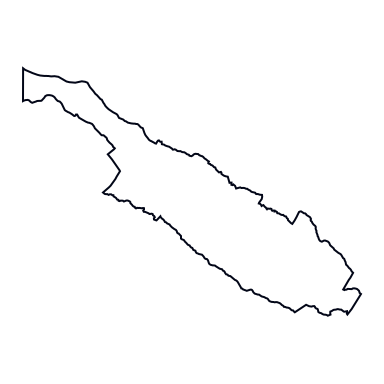 outline of Gatundu South, Central, Kenya
{"feature_id": "3690345B82721742326841", "entity_name": "Gatundu South", "entity_type": "district", "adm_level": 2, "iso_a3": "KEN", "parent_name": "Kenya", "parent_adm1": "Central", "projection": "orthographic", "projection_center": [36.813, -0.954], "detail": "fine", "context": "isolated", "style": "outline", "palette": "ink", "viewbox_px": 384, "rotation_deg": 0, "n_neighbors": 0, "source": "geoboundaries", "source_scale": "gbopen_adm2", "svg_char_len": 6028}
<svg xmlns="http://www.w3.org/2000/svg" viewBox="0 0 384 384"><path d="M23.1,68.3L23.0,101.1L24.2,100.5L25.5,100.1L27.8,99.9L29.1,100.4L30.7,102.0L32.2,102.8L36.3,101.4L37.1,101.0L38.5,100.9L40.0,100.9L41.5,100.7L44.3,97.7L45.3,96.1L47.1,95.2L49.3,95.1L50.6,95.3L52.0,95.6L53.5,96.4L54.7,97.4L55.7,98.9L56.9,100.2L57.8,101.0L59.8,101.6L60.6,102.4L61.7,103.7L64.8,110.1L65.6,110.7L68.2,112.2L69.4,112.6L71.9,114.2L74.2,116.0L75.4,115.7L76.0,114.5L77.1,114.5L78.9,117.6L80.0,118.3L85.7,121.6L88.0,122.6L89.3,122.8L92.0,123.9L92.9,124.9L94.0,126.4L94.9,128.3L99.6,133.0L100.4,134.0L101.6,135.2L103.6,135.3L104.7,136.2L105.5,137.0L106.4,137.6L106.9,138.6L107.1,139.7L108.0,140.9L109.5,142.6L111.7,144.5L112.6,145.5L113.0,146.7L114.8,148.3L114.2,149.1L107.8,154.3L111.9,159.3L119.5,170.2L120.0,171.2L116.6,176.7L115.4,179.0L110.6,185.7L108.9,187.4L103.0,192.5L104.7,193.9L106.1,194.2L107.3,194.1L108.6,194.9L109.8,194.3L111.1,194.3L112.3,195.2L113.4,195.2L113.6,196.4L114.8,197.1L116.0,197.9L117.2,199.6L118.4,199.8L118.6,200.8L119.6,201.1L120.8,200.6L122.9,200.7L123.9,201.5L126.4,200.5L127.7,200.5L129.7,201.4L130.3,202.1L130.4,203.2L132.0,204.8L132.7,205.8L133.7,206.6L134.7,206.8L135.0,207.7L136.0,208.4L137.1,207.8L138.1,208.0L139.4,207.9L142.0,208.3L143.0,208.0L144.0,208.2L144.0,209.5L143.2,210.6L143.8,211.8L145.2,211.9L148.6,213.3L149.4,214.0L150.4,213.9L151.6,213.7L152.6,214.0L153.0,215.3L154.2,216.1L154.8,217.2L153.9,218.2L154.0,219.5L155.4,220.1L156.5,220.4L160.4,216.3L160.7,217.2L162.2,218.8L163.2,219.4L163.8,220.1L164.4,220.9L164.9,222.0L166.2,222.4L167.1,223.4L169.6,224.5L170.2,225.5L171.8,227.2L174.4,229.1L175.9,229.9L176.7,231.0L177.1,232.4L177.6,233.2L178.6,233.5L181.0,236.0L181.0,238.6L181.9,239.3L183.8,240.0L185.1,241.8L186.1,242.7L187.8,244.7L189.7,245.5L190.2,246.5L191.2,247.5L192.3,247.9L193.3,249.9L195.4,250.7L195.9,252.2L196.6,253.1L197.9,253.5L198.8,254.0L202.0,254.7L203.6,256.5L204.7,258.3L205.6,258.9L206.8,259.0L207.5,259.7L208.0,260.4L208.9,263.2L209.4,264.0L210.6,264.8L212.8,265.4L214.0,265.4L215.3,265.7L215.9,266.3L219.7,268.7L222.1,269.3L222.9,270.6L223.9,271.0L224.6,271.7L224.9,272.6L226.1,274.3L227.5,274.6L228.4,275.7L230.4,276.1L234.9,279.9L236.1,280.4L237.2,281.3L237.8,282.1L240.7,287.1L241.3,288.4L242.3,288.6L243.0,289.4L246.8,290.8L250.2,289.7L251.1,289.6L251.9,289.9L252.7,290.9L253.3,292.2L254.7,293.6L257.9,294.6L259.0,294.6L261.6,296.4L264.2,297.1L266.0,298.1L267.1,298.4L267.9,299.0L269.0,300.7L270.1,301.4L271.6,301.9L273.5,302.0L274.7,302.3L275.8,302.1L276.9,302.1L279.7,303.1L281.0,304.1L281.7,304.9L283.4,305.9L283.9,306.8L285.4,307.0L286.4,307.5L288.1,307.7L289.5,308.2L291.6,310.2L293.2,310.5L294.0,311.6L294.8,312.3L306.1,304.8L309.1,306.2L311.5,306.6L312.7,306.2L314.3,306.1L314.9,306.7L315.2,307.6L316.2,308.5L317.5,308.9L318.0,310.1L318.3,311.9L319.4,312.7L321.5,313.3L322.3,314.0L323.8,314.6L325.4,314.7L326.8,315.0L327.8,315.7L330.5,314.6L330.2,313.1L330.3,311.6L332.0,310.9L332.8,310.3L333.8,309.8L335.9,309.6L336.8,309.3L337.9,309.1L340.0,309.6L341.2,309.6L343.8,311.6L344.6,311.7L347.0,311.2L347.0,312.7L346.8,313.6L347.4,314.5L351.6,309.1L361.0,294.0L359.7,293.0L359.0,290.8L357.2,289.1L355.8,288.6L354.0,288.3L352.6,288.5L351.8,289.1L347.6,288.9L346.6,289.6L345.3,289.7L344.4,290.1L343.2,289.5L348.8,279.9L350.4,277.7L353.1,272.8L351.7,271.4L351.0,270.0L350.1,268.8L349.1,268.1L347.2,265.6L346.1,264.7L345.5,261.9L344.8,260.6L344.2,258.8L343.1,258.1L341.4,255.1L340.6,254.1L338.4,252.9L334.2,249.6L333.7,248.4L330.2,245.3L329.2,242.9L328.1,241.7L327.0,241.2L325.0,240.5L323.9,240.6L321.9,241.7L320.3,241.1L319.4,240.1L318.8,238.9L318.2,236.9L317.6,236.1L317.5,235.0L316.4,232.2L316.5,230.9L315.9,229.6L315.6,228.2L315.8,227.0L315.3,226.0L313.5,224.5L312.2,222.7L311.8,221.6L310.9,220.9L310.6,220.0L311.0,219.0L310.4,217.8L309.9,217.1L306.5,215.0L306.1,214.2L305.2,213.4L304.0,213.3L301.1,211.4L300.1,211.5L299.0,212.0L296.5,217.1L294.6,220.5L292.3,223.9L291.0,223.1L288.0,220.1L287.8,218.8L286.9,218.2L286.1,216.5L285.2,216.4L284.1,215.8L283.2,214.9L282.1,215.0L280.6,214.5L279.0,213.4L277.3,213.2L276.9,211.9L275.8,211.3L274.6,211.5L274.6,210.6L273.7,210.5L272.3,210.8L271.7,210.1L271.4,208.9L270.4,208.6L269.2,208.8L267.7,208.5L267.0,209.3L266.4,208.6L265.9,207.6L264.8,206.8L263.4,205.1L262.5,205.4L261.6,206.0L261.0,204.8L260.2,203.9L258.8,203.5L259.1,202.6L261.7,199.1L262.2,196.8L262.0,194.9L259.8,194.7L257.8,194.0L256.8,194.1L255.8,193.8L255.3,192.8L254.3,192.5L252.0,192.0L251.0,191.5L250.4,190.7L248.2,189.6L247.3,188.8L246.2,188.8L244.9,188.2L243.8,187.9L241.4,188.0L240.2,187.4L236.1,188.5L235.1,185.9L233.3,184.4L232.5,185.1L231.4,184.8L231.5,182.6L230.5,182.6L229.5,182.8L227.8,176.7L226.1,176.4L224.8,176.0L223.8,175.6L222.2,174.5L221.4,173.8L221.4,172.6L220.9,171.9L219.0,172.4L216.2,169.7L215.6,168.5L215.3,167.5L214.0,167.1L212.5,165.5L210.7,164.8L210.2,164.0L209.3,163.9L208.3,163.3L208.4,162.3L208.9,161.5L208.0,161.0L205.7,159.1L204.6,158.5L203.2,156.9L202.2,156.2L201.3,156.1L200.5,155.6L199.4,155.3L198.2,154.1L195.3,153.8L194.1,154.2L193.4,154.7L192.7,155.5L191.4,156.2L189.4,155.7L188.9,154.8L186.8,154.1L185.8,153.2L184.4,152.3L182.2,152.1L180.4,151.1L179.3,151.2L177.4,151.0L175.8,149.7L174.6,149.3L173.6,149.6L172.7,149.6L172.1,148.7L169.1,146.7L167.5,146.3L165.2,145.5L164.2,144.7L161.9,144.2L161.6,141.7L160.4,141.8L159.6,141.3L158.9,140.4L157.9,140.7L157.1,141.8L156.1,143.6L155.2,143.4L153.3,142.2L152.3,141.8L151.6,141.2L150.5,140.9L148.9,139.7L147.8,138.1L146.3,136.3L145.3,134.9L144.4,132.9L142.8,128.2L140.7,127.3L138.2,124.5L137.2,124.0L136.0,124.0L135.1,123.7L134.0,123.7L131.2,123.4L127.8,122.6L126.1,121.4L124.7,121.0L123.3,119.6L119.0,117.9L117.6,115.2L116.6,114.1L113.0,112.2L108.6,109.2L106.7,107.4L105.2,105.7L104.5,104.3L103.4,102.8L101.8,99.7L100.5,99.1L97.0,95.2L95.3,93.8L93.5,91.3L90.0,87.2L87.5,82.7L85.2,81.8L81.8,81.3L75.3,82.7L69.4,82.2L66.5,81.5L58.4,76.8L54.6,76.2L51.1,76.4L48.4,76.0L43.9,75.9L40.2,75.5L37.4,74.8L32.6,73.1L25.2,69.9L23.1,68.3Z" fill="none" stroke="#020617" stroke-width="2"/></svg>